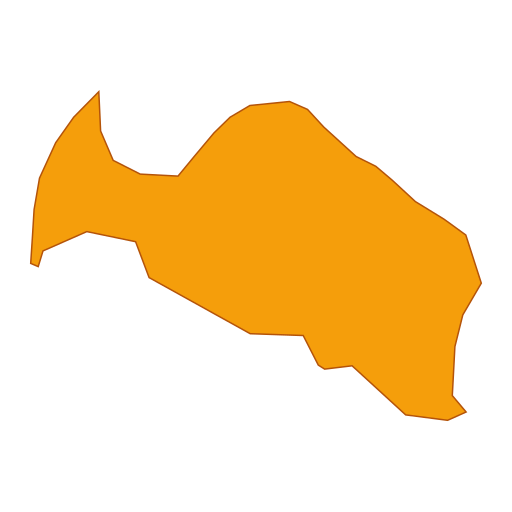 the district of Pedoulas, Nicosia, Cyprus
{"feature_id": "46923920B72226225421474", "entity_name": "Pedoulas", "entity_type": "district", "adm_level": 2, "iso_a3": "CYP", "parent_name": "Cyprus", "parent_adm1": "Nicosia", "projection": "equal_earth", "projection_center": [32.829, 34.962], "detail": "fine", "context": "isolated", "style": "filled", "palette": "amber", "viewbox_px": 512, "rotation_deg": 0, "n_neighbors": 0, "source": "geoboundaries", "source_scale": "gbopen_adm2", "svg_char_len": 649}
<svg xmlns="http://www.w3.org/2000/svg" viewBox="0 0 512 512"><path d="M481.3,283.2L465.8,235.0L444.2,219.3L415.4,201.6L392.0,180.0L375.8,166.3L356.1,156.5L323.7,127.0L307.5,109.4L289.5,101.5L249.9,105.5L230.1,117.2L214.0,132.9L194.2,156.5L178.0,176.1L140.2,174.1L113.2,160.4L100.6,131.0L98.8,91.7L73.7,117.2L55.7,142.7L39.5,178.1L34.1,209.5L32.3,238.9L30.7,263.4L38.2,266.6L43.0,250.9L86.8,231.6L135.6,241.7L149.1,277.6L212.7,312.9L250.2,333.7L303.2,335.5L318.3,365.1L323.7,368.5L324.6,369.1L352.1,365.8L405.7,414.9L447.6,420.3L466.1,412.0L452.3,395.6L454.9,346.6L462.8,314.9L481.3,283.2Z" fill="#f59e0b" stroke="#b45309" stroke-width="1.5"/></svg>